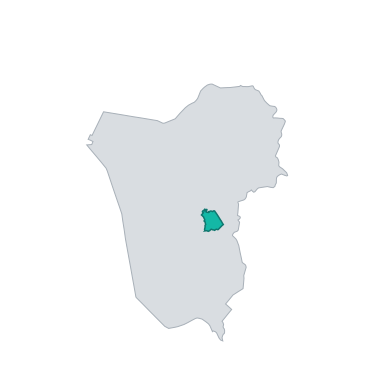 Al-Suwaira, Wasit, Iraq (highlighted), rotated 40°
{"feature_id": "34846034B1283467893722", "entity_name": "Al-Suwaira", "entity_type": "district", "adm_level": 2, "iso_a3": "IRQ", "parent_name": "Iraq", "parent_adm1": "Wasit", "projection": "robinson", "projection_center": [44.846, 32.842], "detail": "fine", "context": "in_parent", "style": "filled", "palette": "teal", "viewbox_px": 384, "rotation_deg": 40, "n_neighbors": 0, "source": "geoboundaries", "source_scale": "gbopen_adm2", "svg_char_len": 5029}
<svg xmlns="http://www.w3.org/2000/svg" viewBox="0 0 384 384"><g transform="rotate(40 192 192)"><path d="M160.7,79.2L163.1,78.6L167.4,75.1L169.9,71.9L170.8,71.6L173.0,72.6L174.6,72.9L178.3,71.7L180.6,72.4L182.4,73.2L183.5,73.2L188.5,75.3L189.7,75.5L192.3,75.8L196.1,75.9L198.6,74.5L200.4,73.3L201.6,73.3L202.8,73.6L203.8,74.1L204.6,75.1L205.0,76.5L204.8,80.8L205.2,82.0L205.9,82.8L206.8,83.0L207.8,82.0L209.6,80.6L211.9,79.1L213.6,77.8L214.5,77.2L216.0,77.3L217.5,77.5L218.3,78.2L218.3,78.4L219.1,80.5L221.1,88.1L222.2,89.1L223.5,89.9L224.4,91.1L224.8,92.2L224.7,94.0L224.7,96.0L225.2,97.6L226.0,98.8L226.7,99.4L227.7,99.5L228.9,99.8L229.8,101.0L232.4,109.7L232.7,110.8L233.8,111.2L235.6,111.0L237.5,111.9L239.5,113.3L241.4,116.0L242.7,116.4L246.6,116.0L252.1,116.4L254.6,117.8L254.4,118.7L252.4,119.6L249.0,120.7L248.0,122.6L247.4,125.0L247.5,126.4L248.4,127.9L250.8,130.9L251.0,132.0L251.4,133.5L251.9,134.5L251.4,136.5L249.2,137.9L246.2,139.4L240.4,146.0L240.0,147.5L240.0,151.4L239.4,152.5L237.6,152.5L236.1,152.3L236.0,153.7L235.1,155.5L234.6,157.1L236.8,160.9L237.2,162.9L236.8,164.8L234.8,167.9L233.6,170.0L233.9,170.5L235.5,171.4L240.4,178.3L241.9,180.7L244.0,180.1L244.8,180.1L245.4,180.5L245.7,181.3L245.7,182.4L245.2,183.9L247.9,184.6L248.8,186.1L251.9,191.5L251.8,193.1L250.3,195.7L250.3,197.4L250.6,198.9L251.1,199.4L255.6,199.7L257.5,200.3L262.3,203.0L267.6,207.3L272.0,210.7L275.8,213.7L279.8,213.5L280.8,214.0L281.9,214.9L283.0,217.4L285.4,222.8L287.3,224.7L290.4,229.1L293.2,233.2L291.4,238.8L289.6,244.6L289.7,252.1L289.7,256.2L293.6,256.3L297.9,256.5L297.9,261.4L298.0,266.2L298.1,271.7L299.4,272.0L301.4,273.2L302.3,275.0L303.3,275.9L304.6,276.1L305.9,277.0L307.2,278.6L307.7,279.8L307.4,280.6L307.7,282.1L308.6,284.2L309.7,285.1L311.3,286.3L309.1,287.0L306.6,286.5L301.4,284.1L299.7,284.0L297.4,284.9L297.4,285.8L291.8,283.0L289.8,282.5L289.1,282.4L285.9,282.5L281.4,282.9L278.8,284.1L276.9,285.2L276.1,286.4L275.8,287.0L274.4,290.4L272.7,294.8L271.0,298.7L267.7,304.2L265.8,306.7L261.8,311.5L257.5,312.4L247.5,311.5L236.4,310.5L225.3,309.4L217.1,308.7L216.4,308.4L208.3,301.6L201.9,296.3L193.9,289.6L185.7,282.8L177.4,275.9L171.4,270.9L164.2,264.4L157.5,258.6L152.3,253.9L145.6,249.8L140.4,246.7L132.8,242.1L126.7,238.4L121.5,235.2L113.5,230.3L110.9,229.0L102.6,227.4L94.7,226.0L86.5,224.6L81.1,223.6L84.7,220.1L83.7,217.0L81.0,217.6L78.6,218.4L77.3,213.5L79.1,212.9L77.5,206.6L75.9,200.1L74.3,193.8L72.7,187.4L79.6,183.3L84.8,180.2L92.1,175.9L99.1,171.8L105.7,167.8L113.0,163.5L119.6,159.6L125.6,158.0L126.8,156.7L129.6,151.4L132.0,146.9L132.1,145.8L132.2,139.4L132.7,131.8L133.5,127.8L134.9,124.2L136.1,121.7L136.3,119.2L136.2,116.7L135.0,113.0L133.7,109.1L133.9,105.4L134.2,103.4L135.0,100.2L136.5,97.8L138.0,96.4L143.6,94.9L146.9,94.0L151.4,89.8L154.1,87.4L157.8,83.5L160.5,80.6L160.7,79.6L160.7,79.2Z" fill="#d9dde1" stroke="#a8b0b8" stroke-width="1"/><path d="M226.8,213.6L228.1,212.2L228.3,212.1L229.3,211.8L229.7,211.7L230.4,210.3L230.5,208.5L231.0,207.9L231.5,207.9L231.9,207.8L232.7,207.3L233.1,207.0L233.9,206.9L234.1,206.5L234.1,206.1L234.3,205.4L234.9,204.6L235.5,204.5L235.7,204.4L236.0,204.2L236.2,203.9L236.6,198.5L236.8,197.4L236.9,196.8L234.9,196.2L234.4,196.0L234.0,195.8L232.9,195.4L231.0,194.9L230.3,194.6L229.6,194.4L227.5,193.7L226.5,193.4L224.5,192.8L223.3,192.5L222.1,192.2L221.5,192.0L221.4,192.1L221.1,192.3L220.8,192.5L220.7,192.6L220.6,192.9L220.5,193.1L220.4,193.3L220.4,193.7L220.2,193.8L219.7,194.0L219.4,194.1L219.1,194.2L218.6,194.5L218.4,194.8L218.2,195.2L218.0,195.5L217.8,195.8L217.6,195.9L217.5,196.1L217.8,196.2L218.0,196.2L218.1,196.3L218.0,196.6L217.9,196.6L217.8,196.8L217.7,197.0L217.6,197.3L217.4,197.4L217.1,197.5L216.8,197.7L216.5,197.9L216.3,198.0L216.0,198.2L215.9,198.2L215.6,198.2L215.5,197.7L215.3,197.5L215.2,197.4L215.0,197.0L215.0,196.8L215.0,196.2L214.9,196.0L214.7,195.9L214.6,196.0L214.3,196.1L214.3,196.5L214.2,196.7L214.2,196.9L214.1,197.2L214.0,197.3L214.0,197.5L214.0,198.1L213.9,198.2L213.8,198.3L213.7,198.5L213.4,198.6L213.2,198.4L213.0,198.2L213.0,197.8L213.1,197.5L213.2,197.3L213.2,197.1L213.0,196.9L212.9,196.9L212.9,197.1L212.9,197.3L212.9,197.5L212.8,197.9L212.9,198.4L212.9,198.6L212.7,198.9L212.5,199.3L212.5,199.8L212.5,200.1L212.6,200.4L212.9,200.6L213.1,200.6L213.5,200.6L214.0,200.6L214.0,200.9L214.0,202.1L214.0,203.5L214.3,203.5L214.7,203.5L215.5,203.6L215.9,203.6L216.3,203.7L216.8,203.7L217.0,203.7L217.2,203.9L217.4,204.0L217.6,204.1L218.0,204.3L218.7,204.6L219.3,204.9L219.8,205.2L219.8,205.3L219.8,205.5L219.8,205.8L219.9,206.2L219.9,206.4L220.3,206.4L220.5,206.5L220.8,206.5L221.1,206.5L221.3,206.5L221.5,206.7L221.8,207.0L222.0,207.1L222.3,207.3L222.6,207.6L222.9,207.9L223.3,208.0L223.4,208.4L223.5,208.8L223.6,209.3L223.7,209.6L223.8,209.7L223.9,209.8L224.2,210.0L224.4,210.1L224.5,210.3L224.6,210.5L224.8,210.9L225.0,211.2L225.1,211.6L225.3,211.9L225.4,212.1L225.5,212.4L225.8,212.6L226.0,212.9L226.2,213.0L226.4,213.1L226.7,213.2L226.8,213.5L226.8,213.6Z" fill="#14b8a6" stroke="#0f766e" stroke-width="1.5"/></g></svg>